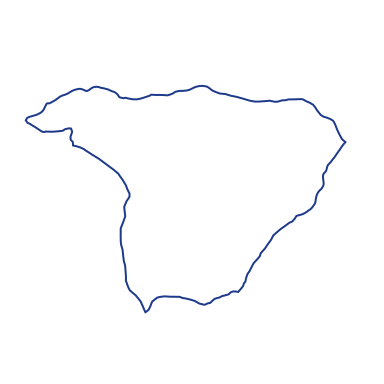 Menbi, Lhuntshi, Bhutan, rotated 264°
{"feature_id": "84629894B25534094545314", "entity_name": "Menbi", "entity_type": "district", "adm_level": 2, "iso_a3": "BTN", "parent_name": "Bhutan", "parent_adm1": "Lhuntshi", "projection": "albers", "projection_center": [91.176, 27.598], "detail": "fine", "context": "isolated", "style": "outline", "palette": "blue", "viewbox_px": 384, "rotation_deg": 264, "n_neighbors": 0, "source": "geoboundaries", "source_scale": "gbopen_adm2", "svg_char_len": 3619}
<svg xmlns="http://www.w3.org/2000/svg" viewBox="0 0 384 384"><g transform="rotate(264 192 192)"><path d="M77.3,133.1L78.2,134.7L79.5,136.6L82.5,138.5L85.1,139.8L87.1,140.9L88.9,143.6L90.6,146.4L91.0,149.2L91.1,153.8L90.0,160.2L89.7,163.3L89.0,168.9L87.6,171.4L86.8,174.5L85.2,179.1L83.4,183.3L80.3,187.6L78.6,192.3L78.6,193.2L79.6,196.0L79.8,198.5L81.4,200.5L83.3,203.2L83.9,205.8L84.2,208.2L85.5,211.5L85.5,212.5L86.4,217.8L88.2,220.0L88.8,222.4L88.6,224.5L87.8,227.5L90.3,230.2L93.1,233.0L95.8,234.1L97.2,235.7L101.5,237.1L104.9,238.8L107.2,240.9L112.0,244.0L114.7,245.8L118.0,249.5L121.0,252.7L123.8,253.9L125.8,256.0L128.1,258.6L131.8,261.6L135.9,265.4L140.4,268.4L143.9,273.4L146.0,276.5L148.8,281.5L151.3,285.7L152.1,288.5L154.7,291.4L157.3,293.4L157.7,295.7L158.1,298.2L158.4,299.7L158.7,300.5L159.3,301.9L159.9,303.4L160.5,304.5L161.2,305.5L161.9,307.0L162.3,307.7L163.0,308.7L164.9,310.7L165.9,311.6L167.4,312.8L169.2,313.7L170.7,314.1L172.0,314.4L173.5,314.8L175.6,315.6L177.0,316.4L178.0,317.0L180.0,318.8L181.0,320.2L181.6,321.0L183.5,322.5L185.0,323.4L185.7,323.6L186.5,323.8L187.5,323.9L190.2,323.8L192.7,323.8L194.0,323.9L195.5,324.3L196.3,324.8L197.1,325.5L197.9,326.5L198.7,327.3L199.7,327.9L201.0,328.4L202.5,328.9L203.9,329.6L204.7,330.1L206.2,331.9L207.8,333.6L209.9,335.5L211.3,337.0L213.4,338.8L215.3,340.4L217.7,342.5L219.3,343.9L220.6,344.9L222.3,346.4L223.3,347.4L224.3,348.4L225.0,349.2L225.6,349.8L227.8,347.7L229.1,346.6L233.4,344.8L238.7,342.9L241.4,342.2L245.2,341.1L247.9,339.9L249.0,338.7L250.1,337.2L250.9,335.7L252.1,333.4L253.1,330.8L254.1,329.5L255.1,328.1L257.4,326.7L259.9,325.0L262.7,323.7L266.0,321.7L268.4,318.5L270.6,314.7L272.6,311.9L273.1,309.2L273.3,305.1L274.0,297.5L273.5,294.9L273.7,291.0L273.0,287.3L272.9,286.0L273.0,284.1L274.7,278.6L274.7,274.4L274.8,272.3L274.9,269.2L275.2,264.9L275.9,261.9L276.9,258.7L278.0,256.1L280.8,249.3L282.4,245.0L283.6,240.9L285.3,236.9L285.9,235.5L287.0,230.1L287.7,228.6L288.9,226.2L290.7,223.0L293.9,219.6L295.3,217.8L296.1,215.0L296.5,213.2L296.6,210.2L296.1,206.4L295.4,204.3L295.1,203.5L293.9,200.2L293.5,197.2L293.5,196.1L293.6,192.0L293.9,190.9L293.6,187.5L293.4,185.9L292.0,183.3L290.9,179.2L290.7,177.5L291.3,174.5L292.0,169.3L292.1,167.6L292.5,164.8L292.7,163.8L293.0,161.4L292.2,160.0L291.0,154.4L290.8,153.7L290.2,150.2L289.9,146.7L290.4,142.9L291.3,139.6L292.7,135.5L292.4,133.6L293.8,129.8L295.3,128.9L296.7,128.2L298.7,126.4L299.6,125.1L301.0,122.1L302.6,119.6L304.4,115.0L305.2,112.1L306.1,110.4L306.7,107.7L306.6,105.7L306.3,104.1L305.1,101.7L304.0,99.9L303.5,98.3L303.6,97.1L305.1,94.6L306.2,92.1L306.4,90.1L306.0,86.9L305.8,85.6L304.9,82.9L303.0,79.0L301.9,75.4L301.4,72.8L300.6,70.7L298.5,67.1L297.8,66.0L296.0,61.8L295.1,59.5L295.3,57.3L294.9,56.6L293.6,55.7L290.6,53.8L289.2,52.9L287.9,51.6L286.6,49.7L285.1,45.8L284.1,40.4L283.6,37.6L282.9,35.8L280.7,34.2L278.1,35.6L276.6,38.1L274.6,40.5L272.9,42.9L270.7,45.5L268.6,48.0L267.4,49.7L267.1,52.1L267.4,52.9L266.5,59.6L266.4,64.5L266.4,69.6L267.8,72.6L268.2,76.4L267.7,78.4L264.4,79.1L263.2,78.6L261.7,77.9L259.5,76.9L256.7,76.8L254.2,78.7L250.7,78.6L249.1,83.1L247.7,86.1L246.0,88.8L244.2,90.9L239.1,97.2L234.9,102.7L227.1,111.2L222.8,115.9L218.0,120.6L215.8,121.7L211.3,124.3L205.5,127.0L201.8,127.9L196.9,129.7L193.7,129.3L189.6,125.9L184.3,123.0L179.8,123.0L174.9,123.1L169.0,120.3L163.3,117.3L156.1,116.5L150.4,116.0L147.0,116.0L141.9,116.9L134.8,116.9L130.3,117.0L126.1,117.8L122.2,117.7L115.1,117.5L110.6,117.0L103.7,118.7L100.7,119.9L97.9,122.5L95.0,125.3L88.7,129.4L83.5,131.1L78.0,132.8L77.3,133.1Z" fill="none" stroke="#1e3a8a" stroke-width="2"/></g></svg>